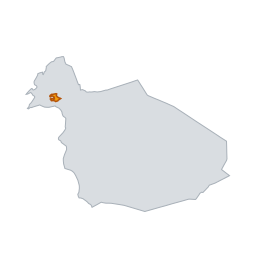 location of Loga, Dosso, Niger, rotated 72°
{"feature_id": "23599985B16490635358595", "entity_name": "Loga", "entity_type": "district", "adm_level": 2, "iso_a3": "NER", "parent_name": "Niger", "parent_adm1": "Dosso", "projection": "equal_earth", "projection_center": [3.398, 13.629], "detail": "fine", "context": "in_parent", "style": "filled", "palette": "amber", "viewbox_px": 256, "rotation_deg": 72, "n_neighbors": 0, "source": "geoboundaries", "source_scale": "gbopen_adm2", "svg_char_len": 3728}
<svg xmlns="http://www.w3.org/2000/svg" viewBox="0 0 256 256"><g transform="rotate(72 128 128)"><path d="M192.3,186.7L190.3,186.8L189.1,187.3L187.6,188.8L186.0,189.4L184.0,190.7L182.7,191.7L181.5,192.5L179.9,194.6L179.4,196.1L177.8,196.4L175.5,196.2L174.0,194.6L170.6,193.0L168.4,192.3L167.4,192.1L162.2,191.8L156.7,192.5L153.9,193.2L153.4,193.4L151.8,194.4L150.5,195.5L147.0,200.5L142.2,200.3L139.4,199.7L137.1,199.0L133.7,196.6L129.6,193.1L128.0,192.6L126.5,192.3L126.1,192.4L121.2,195.9L120.2,195.8L119.1,196.2L118.3,197.1L117.7,197.5L117.2,197.6L116.4,197.4L115.6,196.9L114.9,195.9L112.8,192.0L112.4,191.3L111.5,190.1L110.1,188.3L109.1,187.4L108.5,187.2L107.7,187.4L103.8,185.8L99.8,184.2L99.0,184.4L98.4,184.7L97.0,185.9L95.4,186.2L93.4,186.1L92.2,185.9L90.4,186.3L89.2,186.8L87.7,187.6L85.6,189.9L85.0,190.2L84.5,190.5L83.9,196.7L83.3,198.6L82.3,201.0L80.2,203.4L78.8,204.8L78.8,206.7L78.7,209.8L78.7,212.0L78.8,213.4L78.5,214.0L78.4,214.6L78.5,215.6L78.9,216.0L79.1,216.6L78.9,217.0L78.3,217.6L77.5,216.2L76.6,215.2L75.6,214.8L74.9,214.0L74.5,213.0L73.2,211.1L70.1,207.3L69.7,207.2L69.2,207.0L68.4,207.5L67.8,208.1L67.4,208.4L66.9,208.4L65.4,208.9L64.2,209.5L64.2,210.0L64.7,212.9L64.5,214.5L63.9,213.7L62.2,210.8L61.1,208.6L60.9,208.2L60.7,207.4L60.8,207.1L61.3,206.9L62.4,206.6L62.6,206.3L62.6,205.8L62.5,204.6L61.9,203.1L61.2,202.1L60.9,201.9L60.2,201.9L59.5,202.0L58.2,203.3L57.6,203.5L56.3,203.4L55.1,203.1L54.3,202.5L52.2,200.1L49.7,197.5L48.7,197.2L48.5,196.9L48.3,194.9L48.4,192.6L48.5,192.0L49.5,192.3L50.6,192.5L51.0,192.1L50.1,191.2L48.9,190.4L48.4,189.1L48.1,188.6L47.5,188.2L46.9,187.9L46.2,187.6L45.8,187.2L45.1,187.0L44.3,186.8L43.2,184.7L42.2,182.6L41.6,181.0L41.4,180.1L41.7,178.5L41.4,177.8L40.2,176.1L39.2,174.6L39.5,172.2L39.7,170.2L39.7,169.0L39.9,168.3L40.0,167.5L40.6,167.2L42.3,167.2L45.6,167.6L48.2,167.2L48.3,167.1L50.1,165.0L52.2,162.8L55.2,162.5L58.5,162.3L61.1,162.2L64.9,162.0L68.0,161.9L71.5,161.7L71.6,160.7L71.8,160.4L72.2,160.4L74.8,160.9L77.2,161.5L77.4,159.5L79.5,157.1L80.7,156.6L81.0,156.2L81.4,155.4L81.7,154.1L81.8,153.2L82.2,152.5L82.6,151.1L83.0,148.7L84.2,146.2L84.9,142.8L85.0,139.5L85.1,137.0L85.5,136.5L85.4,132.1L85.4,127.6L85.4,123.8L85.4,119.1L85.4,115.0L85.4,110.6L85.3,106.6L85.3,104.0L87.8,103.3L90.3,102.7L94.0,101.7L98.0,100.7L102.4,99.6L103.4,98.9L106.7,95.1L108.2,93.4L111.1,89.9L113.4,87.3L116.2,84.0L119.3,80.6L121.7,77.9L125.5,74.9L131.2,70.3L137.0,65.7L142.7,61.2L148.4,56.6L154.1,52.0L159.7,47.5L165.4,43.0L171.0,38.4L176.8,40.1L182.4,41.8L187.9,43.4L189.3,44.3L192.3,47.6L196.2,51.7L196.3,51.8L196.5,51.8L200.0,49.4L204.7,46.2L206.1,54.8L207.3,62.2L207.5,66.9L207.5,68.2L208.0,69.0L208.8,69.8L212.5,76.7L211.8,77.9L212.4,80.0L213.3,80.9L216.4,85.0L216.8,85.8L216.6,86.5L214.7,91.3L214.4,92.5L214.2,98.7L214.0,103.0L213.7,109.0L213.5,116.2L213.2,122.2L212.9,130.2L212.6,137.8L209.7,142.0L204.6,149.4L200.4,155.5L198.3,159.5L194.3,167.4L192.5,172.6L191.1,175.2L190.3,176.4L191.1,180.2L192.3,186.7Z" fill="#d9dde1" stroke="#a8b0b8" stroke-width="1"/><path d="M72.4,189.9L72.5,190.5L72.7,191.0L72.8,191.6L73.1,192.1L73.5,192.4L73.8,192.5L73.8,192.3L74.0,192.3L74.2,192.2L74.6,192.0L74.6,191.9L74.1,191.3L74.1,190.6L74.2,190.4L74.4,189.7L74.6,189.5L74.9,189.3L75.0,189.4L75.3,189.3L75.8,189.0L76.0,189.1L76.3,189.1L76.1,188.7L76.6,188.7L76.8,188.8L77.7,189.0L77.7,189.9L77.5,190.1L77.1,190.1L76.8,190.5L76.4,192.1L76.3,192.8L76.6,192.9L77.1,192.3L77.5,192.3L77.8,192.6L78.2,192.5L78.6,192.0L78.6,190.8L79.8,189.1L80.5,188.6L80.5,186.4L80.0,185.8L79.7,184.7L79.2,182.9L79.1,183.0L78.8,183.2L78.3,183.9L78.0,184.3L77.1,185.2L76.6,185.5L75.3,186.2L73.5,185.3L73.1,185.9L72.8,188.4L72.7,189.6L72.4,189.9Z" fill="#f59e0b" stroke="#b45309" stroke-width="1.5"/></g></svg>